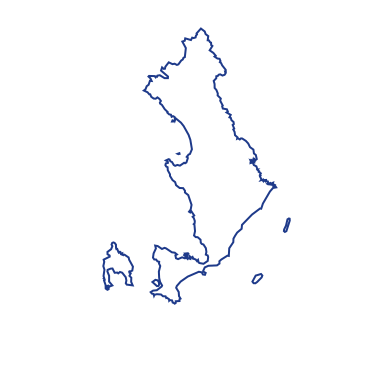 the district of Pandeglang, Banten, Indonesia, rotated 311°
{"feature_id": "22746128B79755996911998", "entity_name": "Pandeglang", "entity_type": "district", "adm_level": 2, "iso_a3": "IDN", "parent_name": "Indonesia", "parent_adm1": "Banten", "projection": "robinson", "projection_center": [105.579, -6.619], "detail": "fine", "context": "isolated", "style": "outline", "palette": "blue", "viewbox_px": 384, "rotation_deg": 311, "n_neighbors": 0, "source": "geoboundaries", "source_scale": "gbopen_adm2", "svg_char_len": 6031}
<svg xmlns="http://www.w3.org/2000/svg" viewBox="0 0 384 384"><g transform="rotate(311 192 192)"><path d="M320.3,102.0L320.1,98.7L321.5,96.3L321.2,91.5L314.7,91.4L314.2,92.4L312.6,92.4L311.0,93.3L309.2,92.2L308.6,90.9L306.0,91.5L303.5,86.1L301.4,87.3L299.2,86.0L296.6,92.9L289.1,98.1L287.7,97.5L286.0,98.1L284.1,97.6L279.4,98.0L278.0,97.2L277.4,94.7L275.7,93.4L274.6,89.4L269.1,89.7L267.3,90.7L266.4,89.9L266.4,87.7L263.3,89.0L263.4,98.1L262.1,99.1L259.9,96.5L259.0,91.1L257.2,89.6L256.1,90.0L255.7,89.1L254.7,89.3L254.9,87.7L251.4,83.4L250.6,83.4L250.5,86.1L249.3,88.7L248.3,87.3L244.5,88.9L242.1,88.4L239.1,89.5L237.0,89.1L238.1,93.0L237.7,95.7L238.3,96.4L237.1,98.8L237.4,101.8L238.6,103.4L240.7,103.8L240.9,106.3L240.3,108.8L238.4,109.1L237.8,109.9L238.0,112.2L236.6,117.1L236.4,121.1L235.7,121.3L235.6,123.8L236.5,125.4L235.4,127.3L236.8,127.9L237.2,129.6L235.4,131.9L236.9,131.3L237.1,138.2L236.3,142.4L232.9,151.9L230.3,156.5L224.2,163.9L219.4,165.5L217.8,164.8L215.2,165.2L214.8,164.0L215.3,166.0L214.7,166.7L210.6,168.4L209.1,167.9L208.9,166.9L204.0,165.6L202.8,163.2L200.7,162.1L200.4,160.5L201.5,157.3L201.0,155.5L201.8,153.7L201.4,152.8L198.7,151.6L199.1,153.7L198.2,154.7L196.4,153.5L194.8,154.3L194.3,155.8L194.7,157.3L192.5,159.5L190.9,163.8L189.7,164.8L188.2,169.5L188.4,172.8L186.7,175.5L186.9,180.0L189.1,182.8L188.3,185.9L187.0,187.0L187.2,191.2L182.0,200.1L177.9,202.5L175.2,202.7L175.4,204.2L177.0,204.3L175.7,209.1L173.7,208.8L173.5,210.5L171.9,213.2L170.1,214.5L168.9,214.4L168.9,215.3L164.4,220.0L160.5,222.1L160.4,224.4L161.6,225.9L161.6,229.7L159.5,231.9L159.2,233.4L159.9,235.1L158.7,239.3L156.2,242.2L153.8,243.5L154.4,245.5L153.5,246.9L150.3,249.1L145.4,247.8L143.2,244.1L143.2,243.2L144.7,241.1L143.1,241.1L143.5,239.0L142.6,237.0L143.4,237.2L142.6,236.5L143.3,235.1L142.2,235.0L142.0,232.5L140.3,234.4L139.5,232.3L138.6,232.6L138.6,230.7L137.3,230.2L136.2,227.4L132.2,225.5L131.5,223.4L133.3,221.0L135.0,221.6L134.9,218.8L133.3,216.4L132.4,209.3L131.8,207.9L129.3,206.7L128.7,201.6L127.4,199.4L125.7,201.8L120.5,203.3L116.9,205.6L116.3,207.8L117.5,209.2L117.0,211.4L117.8,213.0L116.4,214.0L115.3,216.6L110.2,219.2L105.6,223.6L103.2,226.9L101.8,230.8L100.7,231.1L94.8,229.9L92.0,227.3L89.3,226.5L89.0,228.4L89.8,229.9L88.8,231.4L89.8,231.1L91.8,232.5L94.3,235.8L94.3,238.5L95.9,240.5L95.1,242.1L95.7,242.4L96.0,245.0L95.0,246.1L95.9,246.2L97.1,248.1L95.9,249.9L96.2,251.0L95.6,251.2L96.3,251.1L96.4,252.2L97.6,252.5L98.9,251.4L101.5,254.1L102.9,252.9L104.0,253.3L104.9,250.5L107.8,247.6L109.3,242.9L111.1,242.2L117.0,242.2L125.4,244.3L136.3,249.5L137.8,252.1L136.9,254.3L138.0,256.1L139.9,255.4L139.4,252.9L139.8,252.2L143.5,251.1L147.1,252.8L153.0,259.0L156.0,259.7L157.7,258.1L160.2,258.4L167.2,260.5L167.9,261.7L174.0,257.0L181.2,256.1L184.0,253.9L187.4,253.2L191.0,252.7L196.8,253.6L200.0,251.3L214.4,252.1L224.2,254.2L224.8,255.2L229.8,253.1L243.5,250.5L248.2,250.5L250.7,252.5L251.1,251.2L250.2,249.8L251.6,249.8L251.0,247.7L252.2,247.1L250.4,246.2L249.8,247.5L249.1,246.3L250.0,245.1L249.0,244.6L248.3,245.1L247.7,244.3L247.6,243.4L248.9,243.8L248.6,243.0L249.7,242.4L248.9,240.7L249.7,240.0L248.9,239.2L248.2,239.8L248.2,238.0L247.0,238.6L247.2,237.0L246.1,236.3L247.1,236.2L248.3,233.1L249.4,232.9L249.3,232.1L251.2,231.7L251.0,229.2L251.7,229.1L251.7,226.7L252.3,226.8L252.0,226.4L253.6,223.8L252.9,221.0L254.1,218.5L252.4,217.3L252.9,217.1L253.0,215.8L253.2,217.4L253.9,217.5L253.5,216.9L253.9,217.3L253.8,216.2L254.0,215.8L254.3,217.9L255.2,218.5L254.6,216.5L254.8,215.5L255.9,215.5L255.0,215.7L255.3,217.5L256.7,216.9L256.3,217.6L257.0,217.6L258.4,216.5L257.6,217.5L256.6,217.7L255.6,217.5L255.6,219.2L256.2,218.7L259.3,219.3L261.8,215.9L261.7,213.5L264.3,210.5L263.9,206.4L265.5,202.6L265.9,199.1L265.3,194.8L264.6,193.8L263.0,193.6L262.7,191.4L261.9,191.1L263.1,190.4L263.1,187.2L265.3,184.7L266.3,182.1L267.5,182.3L269.3,178.7L270.7,179.0L272.1,177.4L272.1,174.7L273.4,172.6L272.9,171.3L275.6,170.6L274.7,165.9L276.2,166.3L277.3,164.1L275.2,160.5L276.5,158.5L277.4,158.5L279.4,153.4L281.4,152.4L281.7,148.0L283.3,146.8L285.0,143.5L285.4,140.8L288.3,138.2L290.1,135.5L293.7,135.7L295.3,134.4L296.5,135.3L298.0,135.2L299.3,136.1L299.9,138.6L301.8,139.7L303.5,139.5L304.5,138.1L304.8,138.7L306.3,137.3L307.4,131.6L308.4,129.4L308.3,127.8L309.5,127.6L310.6,125.4L309.4,123.6L309.0,120.2L310.4,120.5L311.0,116.9L310.5,112.4L315.6,111.6L315.5,110.1L317.2,108.4L316.9,107.3L317.5,105.3L316.8,104.3L320.3,102.0ZM102.3,165.7L101.2,165.2L99.5,165.8L98.9,167.4L95.8,168.5L91.3,167.5L89.6,169.1L90.0,171.5L89.2,172.3L83.0,169.7L81.7,171.6L77.9,173.7L75.9,176.9L70.5,180.4L69.3,182.4L68.8,182.2L68.4,183.8L67.5,183.7L65.1,187.8L62.5,190.2L62.7,192.3L63.4,192.6L63.4,190.3L65.4,189.6L66.5,190.3L66.6,191.8L69.2,193.2L70.0,188.2L74.4,184.4L76.5,180.3L77.9,179.4L80.8,180.9L82.1,182.2L80.3,186.6L82.2,188.5L82.2,189.7L84.4,190.1L85.3,192.3L84.2,197.9L82.1,200.6L79.7,201.9L79.3,203.5L82.6,208.5L84.3,205.0L87.5,202.4L87.7,199.8L90.4,199.1L90.1,197.7L90.9,197.5L90.8,196.0L91.2,197.3L93.5,198.5L96.9,196.4L99.6,189.1L101.0,187.1L100.4,182.2L99.7,181.0L99.2,181.3L98.6,179.6L99.6,179.3L98.8,178.8L99.6,177.5L98.5,176.9L99.2,176.4L98.5,175.7L100.0,172.9L99.3,172.4L99.9,171.4L102.4,169.1L102.8,166.9L102.3,165.7ZM170.7,294.9L164.0,296.4L163.6,298.3L164.7,299.7L166.8,300.2L173.2,300.6L175.1,299.9L175.4,297.9L170.7,294.9ZM235.6,282.5L234.0,282.0L228.3,285.0L224.2,286.1L222.8,287.0L222.8,288.3L224.4,288.9L234.6,284.5L235.9,283.2L235.6,282.5ZM98.1,221.2L98.0,227.3L99.1,228.3L100.4,228.0L102.0,226.5L102.8,224.1L101.7,222.0L98.1,221.2ZM140.9,228.5L140.2,227.3L139.2,227.4L139.2,228.6L140.9,228.5ZM143.0,229.7L143.1,229.1L141.5,227.6L141.7,229.2L143.0,229.7ZM233.2,131.9L233.7,131.1L233.3,130.3L232.1,130.7L233.2,131.9ZM212.6,157.6L213.0,157.0L211.4,156.1L211.6,156.9L212.6,157.6ZM65.2,192.0L64.0,191.3L63.7,191.7L64.1,192.5L65.2,192.0ZM140.2,230.0L139.6,230.9L139.7,231.5L140.7,230.6L140.2,230.0ZM139.2,230.0L138.6,229.1L138.8,230.4L139.2,230.0Z" fill="none" stroke="#1e3a8a" stroke-width="2"/></g></svg>